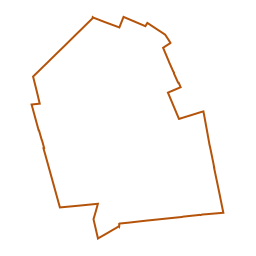 outline of Movila Miresii, Braila, Romania, rotated 91°
{"feature_id": "2599482B19893524753905", "entity_name": "Movila Miresii", "entity_type": "district", "adm_level": 2, "iso_a3": "ROU", "parent_name": "Romania", "parent_adm1": "Braila", "projection": "mercator", "projection_center": [27.616, 45.211], "detail": "fine", "context": "isolated", "style": "outline", "palette": "amber", "viewbox_px": 256, "rotation_deg": 91, "n_neighbors": 0, "source": "geoboundaries", "source_scale": "gbopen_adm2", "svg_char_len": 1411}
<svg xmlns="http://www.w3.org/2000/svg" viewBox="0 0 256 256"><g transform="rotate(91 128 128)"><path d="M212.9,49.2L212.9,48.8L211.1,31.2L190.2,35.8L180.5,38.0L170.9,40.2L166.0,41.3L166.0,41.1L160.5,42.3L146.1,45.5L144.2,46.0L142.9,46.3L131.7,48.5L116.8,51.5L110.1,52.9L110.8,55.3L113.1,62.2L118.0,77.2L96.2,86.8L91.9,88.7L86.9,77.4L86.3,76.1L81.9,78.1L81.8,78.7L72.7,83.0L72.2,82.9L71.7,83.0L71.2,83.3L71.0,83.6L62.0,87.8L60.3,88.5L47.2,94.3L44.7,90.7L42.3,87.0L42.2,87.0L37.5,90.1L34.0,92.5L29.7,99.3L22.6,110.5L25.9,112.4L17.0,134.4L27.6,138.4L22.4,153.3L18.9,162.8L18.4,164.3L17.8,165.2L18.4,165.3L19.0,165.4L25.9,172.2L29.9,176.1L35.0,181.2L47.5,193.4L51.0,196.9L51.9,197.8L54.7,200.6L60.3,206.1L64.1,209.8L68.5,214.2L72.4,218.0L78.2,223.8L80.5,223.2L89.7,220.7L95.8,219.1L105.2,216.7L106.2,224.8L131.9,217.3L131.9,217.2L132.0,216.9L133.1,216.6L141.3,214.1L141.7,213.8L149.5,211.5L149.7,212.2L156.6,210.1L208.6,194.7L206.7,177.4L204.3,156.8L212.1,158.8L219.8,160.9L239.0,156.1L238.7,155.7L237.4,153.5L233.6,147.1L230.6,142.2L229.1,139.7L228.3,138.3L226.3,135.3L226.6,135.1L226.1,135.0L224.6,135.1L223.9,135.1L223.7,134.9L222.6,125.5L220.9,112.8L220.5,109.5L220.1,106.7L220.1,106.4L217.0,80.8L216.0,72.3L215.7,71.6L214.7,63.5L213.9,56.9L213.7,55.4L213.6,55.0L213.7,54.5L213.8,54.0L213.7,53.7L213.6,53.4L213.4,53.0L213.3,52.7L213.1,50.9L212.9,49.2Z" fill="none" stroke="#b45309" stroke-width="2"/></g></svg>